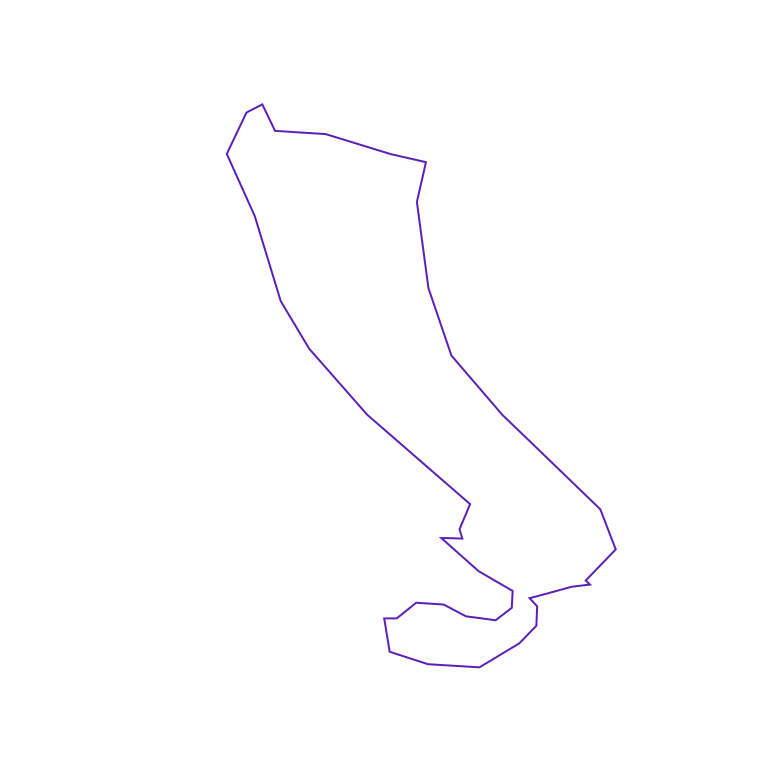 outline of Butel, rotated 314°
{"feature_id": "MKD-2921", "entity_name": "Butel", "entity_type": "Municipality", "adm_level": 1, "iso_a3": "MKD", "parent_name": "North Macedonia", "parent_adm1": "", "projection": "orthographic", "projection_center": [21.441, 42.07], "detail": "fine", "context": "isolated", "style": "outline", "palette": "violet", "viewbox_px": 768, "rotation_deg": 314, "n_neighbors": 0, "source": "natural_earth", "source_scale": "10m", "svg_char_len": 705}
<svg xmlns="http://www.w3.org/2000/svg" viewBox="0 0 768 768"><g transform="rotate(314 384 384)"><path d="M313.0,532.3L316.3,535.7L327.2,547.7L332.0,539.2L357.4,529.4L350.2,393.3L357.4,305.7L371.9,252.1L415.0,174.4L440.3,111.1L483.7,96.5L500.6,102.2L490.4,129.8L523.2,168.4L554.0,229.1L572.7,260.1L537.8,281.2L483.8,349.4L451.3,412.7L444.0,490.5L444.1,534.3L444.1,573.2L444.1,626.7L426.0,665.6L382.8,665.6L382.8,671.5L368.6,659.9L338.1,641.8L331.1,637.5L330.5,648.6L316.0,661.5L291.6,661.5L246.5,649.5L213.0,610.3L195.3,574.1L215.5,547.0L224.3,556.0L249.0,559.1L266.8,580.1L273.8,604.3L291.6,628.4L311.8,631.4L324.5,620.3L315.1,582.2L313.0,532.3Z" fill="none" stroke="#5b21b6" stroke-width="2"/></g></svg>